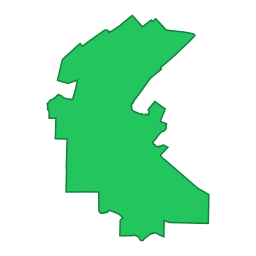 outline of Fundulea, Calarasi, Romania
{"feature_id": "2599482B1760038642223", "entity_name": "Fundulea", "entity_type": "district", "adm_level": 2, "iso_a3": "ROU", "parent_name": "Romania", "parent_adm1": "Calarasi", "projection": "orthographic", "projection_center": [26.52, 44.463], "detail": "fine", "context": "isolated", "style": "filled", "palette": "green", "viewbox_px": 256, "rotation_deg": 0, "n_neighbors": 0, "source": "geoboundaries", "source_scale": "gbopen_adm2", "svg_char_len": 5202}
<svg xmlns="http://www.w3.org/2000/svg" viewBox="0 0 256 256"><path d="M152.5,232.8L152.9,232.7L153.2,232.9L154.1,233.2L154.8,232.6L155.1,232.6L156.6,233.3L159.3,234.8L160.8,235.5L163.9,236.8L163.9,229.2L164.2,223.1L164.2,220.7L169.3,222.4L169.8,222.5L186.6,222.9L201.8,223.3L208.3,223.4L208.5,212.8L208.6,207.2L208.7,204.2L208.7,201.8L208.8,194.5L198.3,188.6L197.9,188.3L195.4,186.2L188.8,180.5L177.9,171.1L164.2,159.2L163.5,158.9L162.5,158.1L161.6,156.9L160.9,156.2L160.8,155.6L160.7,154.8L162.6,152.9L167.3,148.0L167.9,147.3L164.3,145.4L163.8,145.2L163.0,145.0L162.2,145.5L161.4,145.8L160.2,146.5L159.8,146.0L159.0,146.7L158.6,147.1L157.9,146.7L157.3,146.5L157.2,146.5L156.5,146.3L155.4,146.1L155.4,145.6L155.4,145.4L155.2,145.1L154.8,144.8L154.4,144.6L153.5,143.8L153.1,143.8L152.7,143.2L152.5,142.9L152.6,142.6L154.6,140.3L156.3,138.2L157.6,136.3L161.3,131.8L161.9,131.8L162.5,131.6L163.6,131.2L164.1,130.9L164.5,130.6L165.0,130.1L165.4,129.6L166.4,127.9L166.2,127.5L165.9,127.1L165.9,126.9L166.0,126.5L166.1,126.0L165.9,125.7L165.7,125.5L165.9,125.2L166.3,124.7L166.6,124.0L166.3,123.7L165.8,123.5L165.4,123.3L161.9,122.1L160.3,121.5L165.2,108.9L160.4,105.5L156.9,103.0L154.9,101.4L153.1,103.6L152.6,104.3L150.9,106.2L148.4,109.4L148.1,109.9L148.1,110.1L148.3,110.3L149.0,110.6L149.1,110.8L149.1,111.2L149.1,111.4L149.1,111.9L149.0,112.5L148.9,113.0L148.8,113.5L148.6,113.7L148.0,115.0L147.2,114.3L147.0,114.2L146.9,114.1L146.5,114.2L145.9,114.3L145.1,114.6L144.6,114.7L144.1,114.6L142.4,114.3L141.1,113.6L140.8,114.1L140.6,114.2L140.2,114.2L139.6,114.0L139.3,113.8L139.1,113.6L138.6,113.4L138.2,113.1L137.9,113.2L137.7,113.1L137.6,112.9L137.4,112.8L137.1,112.6L136.9,112.6L136.2,112.4L135.9,112.2L135.7,112.0L135.3,112.0L135.2,111.9L134.9,111.7L134.6,111.7L134.4,111.5L133.9,111.3L133.8,111.2L133.5,111.2L133.1,110.9L132.7,110.4L132.3,110.1L132.1,109.8L132.1,109.7L132.0,109.3L131.7,108.8L131.6,108.4L131.6,108.1L131.7,107.9L131.7,107.7L131.6,107.3L131.5,107.2L131.5,106.9L131.5,106.4L131.5,106.2L131.5,105.9L131.5,105.7L131.5,105.1L131.5,104.9L131.6,104.5L131.5,104.3L131.5,104.2L132.1,103.4L132.7,103.5L133.0,102.9L133.4,102.2L134.2,100.4L134.9,99.1L135.3,98.4L135.7,98.6L136.1,98.1L136.3,97.7L137.7,95.7L138.0,95.5L138.1,95.2L140.1,92.6L148.0,81.5L150.5,78.1L158.3,71.7L161.4,69.2L160.3,67.8L163.0,65.5L168.1,61.2L173.9,56.1L190.2,40.6L194.2,36.3L194.9,35.5L193.8,34.2L193.5,33.9L193.2,33.7L192.4,33.6L190.7,33.3L187.7,32.6L186.1,32.4L183.4,32.0L176.1,31.2L173.3,30.9L170.4,30.6L169.0,30.4L166.3,30.1L165.6,29.4L164.5,28.2L163.4,27.0L162.0,25.4L161.9,25.5L161.7,25.3L160.7,24.1L156.6,19.7L155.7,18.7L152.6,21.5L151.1,20.0L146.1,24.0L144.1,25.6L142.5,26.8L132.3,15.4L121.4,24.2L121.7,24.4L121.6,24.5L119.6,25.9L118.1,26.8L116.5,27.8L115.4,28.7L112.1,30.8L109.2,32.8L108.9,32.7L108.8,32.3L108.9,32.1L109.0,31.9L109.2,31.6L109.2,31.4L109.1,31.2L108.7,31.2L108.2,31.1L107.2,30.2L106.9,30.0L104.5,30.2L103.9,30.6L102.1,32.0L97.6,35.1L96.8,35.7L95.7,36.4L93.8,37.8L92.4,38.8L89.5,40.9L88.2,41.8L86.9,42.7L86.3,43.3L82.2,46.2L80.4,43.7L80.2,43.5L76.9,46.3L65.8,56.4L62.7,59.2L62.5,59.4L62.4,59.7L61.8,61.9L61.8,62.3L61.0,65.3L60.3,68.4L58.3,76.7L57.5,79.9L57.5,80.2L57.5,80.3L57.8,80.5L67.9,83.4L73.5,81.5L76.5,80.5L77.6,80.1L77.0,82.3L76.4,84.9L76.0,87.1L75.7,88.7L75.5,89.5L75.0,91.0L74.8,91.5L74.4,93.6L74.2,94.2L73.1,97.5L73.3,97.9L73.2,98.4L73.2,98.7L73.1,98.8L71.6,99.9L71.2,99.8L71.0,99.5L71.0,99.3L70.9,99.2L70.7,99.1L70.2,99.2L69.3,99.1L68.8,99.2L68.4,99.2L67.3,98.7L66.9,98.6L66.4,98.6L65.7,98.6L65.0,98.4L64.7,98.2L64.3,98.0L63.4,97.6L63.0,97.3L62.4,96.7L61.7,96.1L60.8,95.5L58.7,94.6L58.3,94.6L57.8,95.0L57.3,95.4L56.9,95.8L56.5,96.1L56.2,96.5L55.3,97.4L53.9,98.4L52.8,99.2L52.5,99.3L52.2,99.4L50.7,100.0L50.0,100.4L49.8,100.5L49.5,101.0L48.9,102.2L48.7,102.7L48.5,103.1L48.0,103.1L47.5,103.1L47.3,103.5L47.2,103.8L47.3,104.1L47.3,104.4L47.4,104.6L47.5,104.7L47.5,104.9L47.6,105.3L47.7,105.8L47.6,106.2L47.6,106.4L47.7,107.1L47.8,107.8L47.8,108.0L47.7,108.3L47.7,108.6L47.5,109.1L47.4,109.3L47.5,109.5L48.1,110.0L48.6,110.5L48.9,110.9L49.0,111.0L49.0,111.4L49.1,112.1L49.1,115.1L49.1,115.6L49.1,116.8L49.1,117.5L49.1,118.2L55.9,118.1L55.5,134.1L55.3,138.7L67.1,139.1L67.1,139.9L66.3,167.5L66.2,167.5L66.2,167.9L66.6,167.9L66.1,192.0L76.9,192.0L85.4,191.9L98.7,192.0L98.9,211.1L99.0,211.2L99.4,211.7L100.7,213.4L100.8,213.4L101.3,213.1L101.6,213.0L101.9,213.0L102.2,213.1L102.4,213.1L102.8,213.1L103.3,213.2L103.9,213.1L104.6,212.8L105.1,212.5L105.4,212.3L105.9,212.4L106.4,212.6L106.7,212.6L106.8,212.6L107.6,211.9L108.3,211.3L109.6,210.2L109.9,210.3L110.2,210.5L110.4,210.7L110.7,210.8L110.9,210.8L111.7,211.1L112.2,211.3L116.7,213.2L119.0,214.0L119.4,214.5L121.8,216.7L122.3,217.2L122.7,217.7L120.2,220.2L119.9,235.8L131.8,235.7L132.5,235.5L133.3,235.3L133.8,235.3L134.7,235.5L135.8,235.6L136.0,235.7L136.8,236.1L138.3,236.8L138.6,237.1L139.3,238.4L139.7,239.1L139.8,239.5L140.0,239.8L140.4,240.1L140.9,240.4L141.4,240.5L142.1,240.6L142.7,240.6L143.1,240.3L143.4,240.0L143.8,239.3L144.1,239.0L144.5,238.5L145.4,237.8L147.0,236.7L149.1,235.0L149.7,234.6L150.1,234.4L150.8,234.0L151.2,233.8L152.1,233.6L152.6,233.5L152.5,232.8Z" fill="#22c55e" stroke="#15803d" stroke-width="1.5"/></svg>